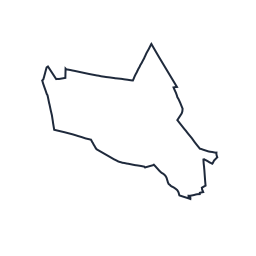 Pielesti, Dolj, Romania (Robinson projection), rotated 61°
{"feature_id": "2599482B41657054253301", "entity_name": "Pielesti", "entity_type": "district", "adm_level": 2, "iso_a3": "ROU", "parent_name": "Romania", "parent_adm1": "Dolj", "projection": "robinson", "projection_center": [23.982, 44.341], "detail": "fine", "context": "isolated", "style": "outline", "palette": "slate", "viewbox_px": 256, "rotation_deg": 61, "n_neighbors": 0, "source": "geoboundaries", "source_scale": "gbopen_adm2", "svg_char_len": 3997}
<svg xmlns="http://www.w3.org/2000/svg" viewBox="0 0 256 256"><g transform="rotate(61 128 128)"><path d="M93.8,193.4L100.8,185.7L106.8,179.4L109.5,176.8L110.7,175.7L111.6,174.8L113.3,173.1L116.5,170.2L119.3,167.1L120.1,166.3L120.2,166.1L121.2,166.0L121.8,166.1L122.4,166.1L122.6,166.1L123.1,166.1L124.0,166.0L126.1,166.1L126.9,166.0L127.6,166.0L128.2,166.0L129.0,166.0L129.6,166.0L130.1,166.0L130.4,165.8L130.7,165.8L130.9,165.9L131.3,165.8L131.7,165.6L143.6,158.4L148.8,155.3L149.7,154.6L150.6,154.0L151.3,153.5L151.7,153.3L152.1,153.1L152.5,152.7L153.3,152.1L154.4,150.9L155.2,150.2L155.9,149.5L156.5,148.6L157.6,147.3L158.6,146.2L159.3,145.2L162.4,141.6L164.0,139.7L165.3,137.9L167.4,135.2L169.7,132.5L170.4,132.3L170.8,132.2L170.8,131.8L171.0,131.1L171.2,130.4L171.9,127.3L172.4,125.3L172.7,124.0L172.7,123.9L172.7,123.7L172.6,123.4L172.6,123.2L173.4,123.0L174.9,122.6L176.3,122.3L177.5,122.0L178.4,121.8L179.3,121.6L180.3,121.4L181.5,121.0L182.4,120.8L182.8,120.6L183.6,120.3L184.7,119.6L185.3,119.3L185.8,119.1L186.3,118.9L186.9,118.7L187.4,118.6L187.9,118.5L188.4,118.4L189.1,118.4L189.6,118.4L190.0,118.4L190.6,118.5L191.6,118.7L192.3,118.9L193.0,119.0L194.3,119.3L194.7,119.4L195.0,119.5L195.3,119.5L195.6,119.5L196.0,119.5L196.5,119.6L196.9,119.5L198.0,119.0L198.4,118.8L198.9,118.8L199.0,118.8L199.2,118.7L199.6,118.5L200.2,118.2L200.8,117.8L200.9,117.6L201.3,117.4L202.1,116.9L202.6,116.6L204.3,115.8L205.3,115.4L206.0,115.1L206.9,115.0L208.8,115.0L210.0,115.3L211.2,115.6L211.9,115.7L213.3,114.4L214.9,112.9L218.3,109.7L218.8,109.2L219.7,108.4L220.3,107.9L219.9,107.6L219.7,107.5L219.2,107.3L218.7,108.3L218.3,108.8L216.6,107.9L217.0,107.3L217.3,106.8L217.6,105.9L218.1,104.4L218.5,103.2L219.1,100.7L219.5,99.5L220.0,98.5L220.6,97.3L219.5,96.6L219.6,96.1L220.0,94.9L220.5,93.3L219.7,93.2L219.2,93.1L218.3,93.1L217.1,92.8L216.7,92.5L216.0,92.3L216.0,91.9L216.0,90.7L216.0,88.1L211.7,86.2L206.5,83.8L202.0,81.7L199.7,80.7L198.9,80.3L198.4,80.1L198.1,80.0L195.9,79.1L193.1,77.8L192.2,77.3L191.4,76.9L191.6,76.9L191.9,76.8L192.2,76.6L192.4,76.5L192.6,76.4L192.9,76.3L193.3,75.9L194.4,75.2L195.3,74.6L196.0,74.2L196.7,73.8L197.3,73.5L198.1,73.0L198.7,72.5L199.7,71.9L200.1,71.6L199.8,70.9L199.5,70.5L198.7,69.3L198.1,68.4L198.0,67.9L197.8,67.2L197.5,66.3L197.2,65.2L197.0,64.6L196.8,64.3L196.8,64.1L195.6,63.9L194.4,63.6L193.2,63.1L192.7,62.8L192.4,62.6L192.3,62.8L192.0,63.3L191.8,63.7L189.7,66.1L189.1,67.0L188.7,67.5L188.3,68.0L188.1,68.3L187.9,68.5L187.4,69.1L186.3,70.1L183.2,73.0L182.0,74.0L180.9,75.2L179.5,75.4L177.9,75.7L175.6,76.1L172.4,76.6L167.8,77.1L162.6,78.1L160.1,78.5L158.6,78.7L156.2,79.2L149.5,80.3L145.0,81.0L142.2,75.7L141.3,74.0L139.8,72.4L138.2,71.3L137.6,70.9L131.1,70.1L127.0,69.8L125.0,69.9L123.4,69.5L120.3,69.0L118.7,68.9L116.3,68.7L114.6,68.5L115.2,66.7L115.8,65.3L81.4,66.5L67.6,66.8L65.8,66.8L66.0,67.2L66.8,68.3L69.1,71.7L70.8,74.5L71.7,75.9L73.0,77.6L73.8,78.7L74.1,79.2L74.8,80.0L75.1,80.4L75.4,81.0L76.9,83.3L77.6,84.3L78.0,85.0L78.4,85.7L79.2,87.1L79.9,87.9L81.4,90.4L82.3,91.6L82.6,92.2L82.8,92.3L83.1,92.7L84.2,94.4L84.6,95.1L86.0,97.1L86.8,98.1L88.0,99.6L88.8,100.7L88.0,101.9L85.5,105.1L83.6,107.7L81.9,109.8L78.8,114.3L78.3,115.1L77.5,116.0L76.7,117.1L75.1,119.2L74.3,120.3L72.9,122.3L71.5,124.1L70.0,126.1L69.5,126.7L68.3,128.0L67.4,129.1L67.1,129.6L66.6,130.2L66.5,130.3L62.1,135.6L58.8,139.4L52.0,147.2L50.6,148.9L49.6,150.0L47.8,152.2L46.9,153.5L45.8,153.8L53.8,158.5L51.6,164.8L51.1,165.4L50.8,166.2L50.6,166.6L50.4,167.1L35.4,168.2L35.5,169.1L35.5,169.4L35.6,169.6L35.6,169.8L35.8,170.0L36.0,170.3L36.5,170.7L37.2,171.5L37.6,171.8L38.7,172.9L39.0,173.2L39.8,173.9L40.9,175.0L41.6,175.7L42.8,176.8L43.5,177.6L44.3,178.3L44.4,178.6L44.6,179.0L44.7,179.5L44.9,180.0L45.0,180.0L48.0,180.7L51.5,181.3L54.5,181.8L55.2,181.9L59.0,182.6L60.2,182.5L60.9,182.7L61.6,182.9L64.2,183.7L64.8,183.9L68.3,185.0L69.2,185.2L75.4,187.1L80.0,188.4L86.0,190.6L86.4,190.8L89.5,191.9L93.5,193.3L93.8,193.4Z" fill="none" stroke="#1e293b" stroke-width="2"/></g></svg>